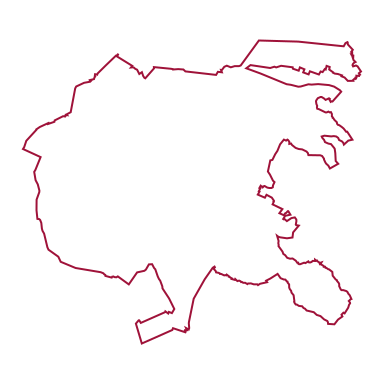 Guadalupe Victoria, Puebla, Mexico
{"feature_id": "50627088B92616914414309", "entity_name": "Guadalupe Victoria", "entity_type": "district", "adm_level": 2, "iso_a3": "MEX", "parent_name": "Mexico", "parent_adm1": "Puebla", "projection": "mercator", "projection_center": [-97.339, 19.307], "detail": "fine", "context": "isolated", "style": "outline", "palette": "rose", "viewbox_px": 384, "rotation_deg": 0, "n_neighbors": 0, "source": "geoboundaries", "source_scale": "gbopen_adm2", "svg_char_len": 5932}
<svg xmlns="http://www.w3.org/2000/svg" viewBox="0 0 384 384"><path d="M352.8,49.8L347.8,44.4L347.7,42.4L347.4,42.1L345.5,43.1L343.7,46.3L298.1,41.6L258.9,40.5L240.7,65.5L239.0,66.1L234.8,66.1L230.8,67.3L226.8,65.7L224.3,66.8L221.9,70.0L221.0,69.9L221.9,72.3L217.9,71.8L216.1,74.9L185.4,71.4L183.4,69.5L178.2,69.1L173.2,69.5L173.2,69.2L171.1,68.8L153.9,67.1L154.0,68.4L145.3,78.3L144.4,77.8L143.2,76.0L141.9,72.2L139.3,74.0L137.1,69.7L135.2,68.8L133.9,67.6L132.7,67.3L131.0,67.5L132.3,65.9L117.1,56.5L118.4,53.8L116.3,55.9L115.9,55.7L105.8,65.4L97.6,73.5L97.2,74.7L95.1,74.2L94.8,76.0L95.2,76.6L94.5,77.3L94.0,79.1L89.7,80.1L89.9,80.7L91.4,80.4L90.2,81.7L84.1,82.8L76.2,86.5L75.2,88.4L70.7,112.2L66.6,114.4L67.1,115.1L65.8,114.9L65.7,115.7L65.2,115.7L65.0,116.5L63.1,116.2L54.7,120.4L54.4,121.8L46.9,124.4L49.5,122.5L39.8,127.0L36.3,129.4L36.4,129.8L26.3,140.8L24.2,147.1L23.0,149.0L40.6,157.1L35.4,169.9L34.2,171.9L35.6,180.2L37.8,184.4L39.4,190.6L39.3,192.1L36.6,199.6L36.5,210.2L37.4,218.9L39.2,219.1L40.1,219.9L41.3,222.9L41.9,228.6L42.5,230.8L44.1,233.6L47.4,247.3L48.5,249.7L58.3,256.7L60.7,261.8L75.6,268.0L100.7,272.2L103.4,273.3L104.2,274.3L105.3,274.9L105.4,275.9L111.7,277.6L112.2,276.7L113.5,276.5L114.4,277.1L116.4,277.3L117.8,276.4L128.8,284.4L137.1,272.4L144.4,270.8L145.9,269.6L148.9,264.4L152.1,264.2L154.1,268.0L155.3,269.3L157.7,276.3L158.9,278.9L160.2,280.7L162.3,286.3L162.5,288.4L169.1,298.5L174.3,309.0L171.9,313.1L168.9,311.9L168.2,313.5L165.4,311.4L165.2,312.1L140.8,322.9L139.2,320.3L138.7,320.3L135.9,323.6L141.8,343.5L172.3,330.0L173.0,328.2L185.4,332.3L185.6,331.8L184.7,330.8L184.9,330.2L186.9,330.2L186.0,328.0L188.7,329.5L189.2,328.1L188.8,323.2L189.0,321.7L193.7,298.7L204.7,279.3L212.7,267.8L214.5,266.6L214.9,267.3L213.6,268.7L215.8,271.2L216.1,272.4L218.5,272.8L219.8,273.4L219.9,273.9L221.3,274.0L224.2,275.4L225.2,275.1L226.2,275.4L226.7,274.6L229.2,276.5L229.0,276.8L231.9,278.4L231.6,279.0L234.8,279.9L235.2,279.0L237.4,281.1L239.1,280.6L240.6,281.3L241.1,282.1L242.0,282.0L243.2,282.8L245.2,282.8L247.4,284.1L248.0,283.5L250.9,283.4L253.7,284.3L257.3,284.3L258.0,285.1L260.0,283.8L267.1,282.2L266.1,280.7L270.4,278.5L277.6,273.9L280.6,278.2L283.8,279.5L285.4,279.6L286.8,281.4L287.5,281.6L287.7,282.7L289.1,284.4L289.2,287.6L289.8,289.1L291.1,290.8L291.5,292.6L293.6,295.2L294.4,301.3L294.1,301.8L294.8,303.3L295.8,304.5L296.7,304.5L298.9,305.9L302.2,306.3L303.5,308.0L305.0,308.7L306.6,310.5L313.8,312.2L316.7,314.9L320.5,316.1L324.1,319.4L327.3,321.0L327.9,322.1L328.1,323.9L334.4,324.3L338.0,319.6L342.4,316.5L341.5,314.7L343.4,312.7L344.6,313.4L348.2,307.7L349.1,304.7L350.1,303.3L350.0,302.6L348.8,301.0L350.7,299.2L351.4,299.0L349.7,295.2L348.4,293.8L347.4,291.9L346.4,291.1L343.2,290.1L341.5,290.1L340.8,289.5L339.2,286.2L339.2,284.1L338.6,282.8L337.1,281.1L336.9,280.2L335.7,279.5L332.7,275.7L332.3,271.9L329.1,269.4L328.2,269.2L326.5,268.0L325.5,267.8L325.2,266.8L323.7,266.8L323.6,265.9L320.7,264.2L320.0,264.3L319.5,263.1L320.1,263.4L321.1,263.1L321.5,262.4L320.0,262.9L317.3,261.2L317.0,260.5L316.3,260.6L315.1,259.7L315.2,261.0L312.7,260.9L311.5,262.0L310.0,262.5L308.8,262.3L308.3,261.4L305.4,263.1L304.1,262.7L300.2,264.2L299.1,264.2L298.4,263.8L298.2,262.7L297.3,262.8L295.8,260.7L293.2,258.9L292.6,258.5L290.0,258.7L287.2,257.8L285.2,255.2L283.3,253.9L282.5,251.6L278.5,246.1L278.7,245.0L278.3,243.2L278.6,241.0L277.1,235.8L278.4,236.8L280.0,237.3L287.0,238.3L292.5,237.5L293.1,232.4L298.8,225.6L296.2,225.1L295.8,224.6L296.4,221.1L296.3,219.5L294.8,217.4L291.4,218.1L286.9,221.1L284.2,218.8L283.7,219.3L283.2,219.0L285.2,215.8L290.4,214.7L288.3,211.2L287.7,211.2L286.2,212.9L285.3,213.2L283.8,215.2L279.4,213.2L282.4,209.1L272.6,204.4L273.8,201.7L273.5,201.5L273.9,200.7L271.8,197.6L266.5,194.8L264.9,197.7L257.8,194.6L259.5,191.7L258.8,191.3L260.3,188.4L259.4,188.0L260.7,185.7L261.8,186.7L262.4,186.6L262.8,187.3L264.0,186.1L264.6,186.0L267.3,187.6L269.3,188.0L271.4,188.0L272.8,187.3L273.0,185.4L274.5,182.1L273.0,180.7L270.0,174.7L267.9,171.5L270.3,160.4L272.4,159.9L275.2,154.2L277.4,150.9L280.1,144.3L283.9,139.6L286.1,140.6L287.4,139.6L287.9,139.9L289.3,141.7L289.3,143.9L291.0,143.5L292.0,145.0L295.6,147.9L298.7,149.0L302.2,149.4L306.5,151.5L307.9,153.1L308.4,155.1L320.3,155.3L322.1,156.0L324.0,158.7L324.0,159.5L325.3,162.3L326.1,163.6L328.4,165.7L329.9,168.5L338.2,163.8L335.7,161.0L335.3,153.2L334.7,148.8L334.2,148.0L331.0,144.1L328.4,143.6L325.0,142.1L324.1,139.9L322.4,138.0L321.7,136.5L324.4,135.7L331.2,136.4L333.8,136.1L336.3,136.5L338.2,137.9L339.1,140.0L342.0,141.4L343.3,142.9L343.9,144.6L348.3,140.6L352.4,139.7L347.2,131.7L346.2,131.8L343.6,128.5L341.8,127.0L339.3,125.2L337.9,124.8L337.1,123.8L336.8,122.2L334.4,119.9L333.2,118.0L332.7,117.9L332.6,117.1L331.9,116.4L331.9,114.0L330.9,112.1L329.7,112.4L328.4,111.6L326.7,112.4L325.5,112.4L319.0,109.2L317.2,108.7L316.9,107.1L317.2,105.9L316.4,104.0L316.0,101.4L316.2,100.5L317.8,98.2L320.5,97.0L321.5,97.0L323.8,98.3L325.6,99.9L329.0,98.3L329.9,99.0L329.5,99.8L330.7,101.9L331.6,101.3L332.5,101.5L341.2,91.7L339.9,90.2L334.1,86.6L329.1,85.1L318.2,84.1L311.6,84.6L308.4,84.3L300.7,86.5L298.3,86.7L290.8,84.8L286.6,84.2L260.5,73.5L246.3,68.3L250.5,65.1L270.2,68.0L274.4,66.7L276.2,67.4L281.1,65.8L292.7,67.3L292.9,68.7L298.7,70.7L299.9,67.4L304.4,69.3L303.2,72.4L308.6,74.4L309.9,71.3L318.9,74.5L320.6,71.5L322.6,72.1L324.8,69.0L325.7,69.5L326.6,65.9L329.7,67.0L329.2,69.5L333.1,72.3L333.0,72.7L334.8,73.6L337.9,74.0L342.0,75.4L341.5,76.3L344.6,77.5L347.8,80.9L353.4,80.8L353.2,79.9L355.0,78.3L355.7,78.9L356.0,78.6L355.7,77.5L356.5,77.3L356.4,75.7L358.8,75.9L358.7,75.5L360.0,74.7L358.9,73.2L361.0,71.5L357.6,66.4L356.0,65.5L353.1,66.4L352.5,65.1L353.0,63.9L354.2,62.6L355.5,62.0L353.5,60.0L352.6,57.2L353.2,57.4L353.3,55.5L351.6,55.0L351.5,54.8L352.1,55.0L352.2,54.1L351.7,53.9L352.0,53.1L350.7,52.8L351.8,52.7L352.0,52.1L351.3,51.8L352.8,49.8Z" fill="none" stroke="#9f1239" stroke-width="2"/></svg>